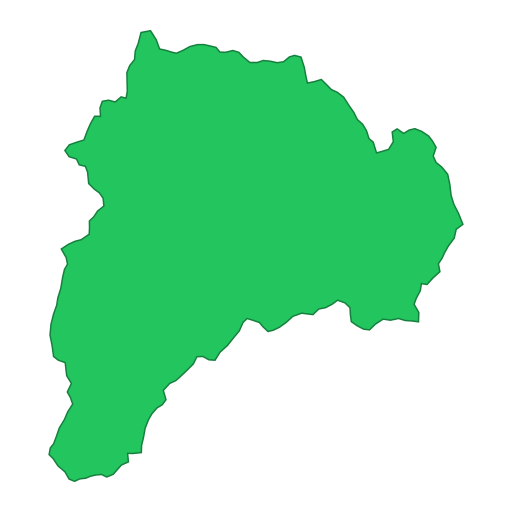 Mairiporã, São Paulo, Brazil
{"feature_id": "56859067B71773978858483", "entity_name": "Mairiporã", "entity_type": "district", "adm_level": 2, "iso_a3": "BRA", "parent_name": "Brazil", "parent_adm1": "São Paulo", "projection": "equal_earth", "projection_center": [-46.564, -23.328], "detail": "fine", "context": "isolated", "style": "filled", "palette": "green", "viewbox_px": 512, "rotation_deg": 0, "n_neighbors": 0, "source": "geoboundaries", "source_scale": "gbopen_adm2", "svg_char_len": 2608}
<svg xmlns="http://www.w3.org/2000/svg" viewBox="0 0 512 512"><path d="M102.3,101.3L100.0,107.9L100.5,116.3L94.6,116.3L90.4,123.8L87.2,131.1L83.9,140.0L76.2,142.4L69.3,144.8L64.9,150.5L69.1,156.7L76.5,159.0L79.3,164.9L85.4,166.3L87.6,172.2L88.7,183.6L94.6,189.4L99.4,192.9L103.1,198.2L103.9,206.0L97.6,211.0L93.8,216.8L89.4,221.0L89.5,227.8L89.2,234.2L81.2,239.7L75.0,241.3L68.8,244.1L61.3,249.0L66.2,257.6L67.5,264.2L64.5,269.3L62.7,277.0L60.8,288.3L57.8,298.0L56.7,305.3L53.6,313.9L51.0,324.3L50.0,335.0L52.0,345.0L53.6,356.5L58.3,360.2L65.2,362.6L66.7,375.7L71.4,383.4L67.3,392.0L70.4,397.5L72.7,404.1L67.8,411.7L64.4,419.6L59.3,428.0L56.3,436.7L53.7,443.6L50.3,448.0L49.1,454.6L53.2,458.7L58.0,465.9L65.0,471.9L69.1,479.1L74.6,481.3L79.7,478.9L85.8,478.2L90.2,476.3L95.7,475.0L101.6,474.5L106.7,477.0L113.2,474.3L121.4,465.0L128.4,461.9L127.6,453.3L132.5,453.5L141.3,452.6L141.6,445.3L143.4,437.9L145.2,428.0L148.5,419.7L151.9,413.8L157.0,407.9L162.2,404.8L166.0,399.7L163.3,390.4L169.7,383.4L175.8,380.6L180.0,376.9L185.1,372.1L193.3,364.0L196.9,356.7L202.9,356.5L208.9,359.8L215.0,360.2L219.9,352.3L227.5,345.4L234.1,337.1L239.3,330.9L243.0,322.5L247.1,318.5L252.7,320.2L259.4,322.5L262.9,326.7L268.0,331.5L273.3,330.2L279.2,327.4L286.0,322.6L292.9,316.3L301.6,313.2L313.0,314.6L318.7,309.0L325.5,307.7L332.2,304.2L337.6,300.2L345.0,302.9L350.0,307.7L350.4,314.6L351.3,321.6L356.9,325.6L363.5,329.1L369.5,329.9L375.2,324.3L383.1,319.1L390.4,320.2L398.6,318.5L405.1,320.5L411.3,320.9L418.5,321.8L418.8,312.5L414.1,304.3L416.2,298.4L420.3,290.7L421.4,283.6L427.0,284.5L433.0,277.9L439.9,271.7L438.4,263.8L442.2,258.0L444.6,252.7L448.3,246.1L454.2,238.2L456.2,229.3L462.9,224.3L458.5,213.4L453.9,204.4L451.1,195.4L449.8,184.3L447.7,174.3L441.8,167.1L436.1,162.5L433.2,156.0L436.1,147.4L432.5,141.1L428.6,136.0L421.7,131.4L414.9,128.7L409.3,130.0L403.7,133.4L397.1,128.9L392.2,132.0L393.3,141.7L388.6,149.4L382.0,151.4L376.5,152.9L373.2,142.1L369.0,138.6L366.5,130.7L362.6,124.2L357.4,119.6L353.8,112.4L349.2,105.8L343.6,97.1L337.3,92.3L331.4,89.6L326.0,84.1L321.3,79.5L314.1,81.7L307.4,83.0L305.8,75.7L304.3,67.4L301.0,57.1L294.5,55.4L289.3,57.0L283.5,61.8L277.2,62.7L270.2,61.2L263.3,60.5L257.3,62.5L249.9,62.5L243.7,57.4L238.8,52.3L232.8,50.5L225.6,52.3L219.9,52.1L216.0,47.4L210.7,46.1L204.0,44.6L197.5,44.6L189.8,46.6L182.7,50.5L176.4,53.2L171.5,52.1L166.6,50.5L159.6,49.0L156.2,39.7L150.5,30.7L141.0,32.5L138.2,43.5L135.3,50.8L134.5,59.6L129.7,65.6L126.9,72.6L127.1,82.6L127.3,91.2L126.1,98.2L121.1,96.9L115.2,102.0L108.6,100.2L102.3,101.3Z" fill="#22c55e" stroke="#15803d" stroke-width="1.5"/></svg>